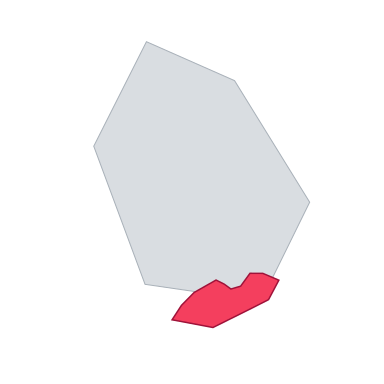 location of Chiesanuova within San Marino, rotated 306°
{"feature_id": "SMR-4891", "entity_name": "Chiesanuova", "entity_type": "state/province", "adm_level": 1, "iso_a3": "SMR", "parent_name": "San Marino", "parent_adm1": "", "projection": "orthographic", "projection_center": [12.421, 43.905], "detail": "fine", "context": "in_parent", "style": "filled", "palette": "rose", "viewbox_px": 384, "rotation_deg": 306, "n_neighbors": 0, "source": "natural_earth", "source_scale": "10m", "svg_char_len": 479}
<svg xmlns="http://www.w3.org/2000/svg" viewBox="0 0 384 384"><g transform="rotate(306 192 192)"><path d="M252.9,293.2L144.2,312.0L89.7,208.3L171.3,85.6L286.8,66.8L307.1,161.0L252.9,293.2Z" fill="#d9dde1" stroke="#a8b0b8" stroke-width="1"/><path d="M171.7,314.1L149.9,317.2L134.4,309.3L94.7,288.6L76.9,251.0L94.1,250.1L112.0,252.8L134.9,263.2L136.4,272.2L136.4,280.5L144.4,286.7L160.3,286.7L167.8,297.1L171.7,314.1Z" fill="#f43f5e" stroke="#9f1239" stroke-width="1.5"/></g></svg>